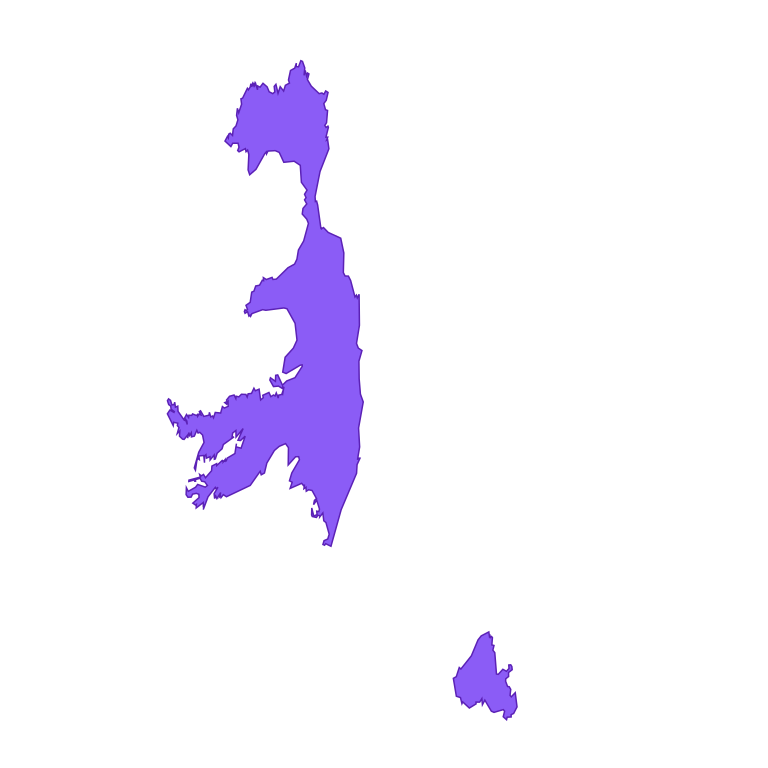 outline of Værøy nor, Norway, rotated 108°
{"feature_id": "86288312B52145854471889", "entity_name": "Værøy nor", "entity_type": "district", "adm_level": 2, "iso_a3": "NOR", "parent_name": "Norway", "parent_adm1": "", "projection": "robinson", "projection_center": [12.676, 67.694], "detail": "fine", "context": "isolated", "style": "filled", "palette": "violet", "viewbox_px": 768, "rotation_deg": 108, "n_neighbors": 0, "source": "geoboundaries", "source_scale": "gbopen_adm2", "svg_char_len": 6172}
<svg xmlns="http://www.w3.org/2000/svg" viewBox="0 0 768 768"><g transform="rotate(108 384 384)"><path d="M516.8,385.9L477.4,382.5L469.0,384.7L462.0,383.9L462.4,385.6L464.3,385.8L451.4,387.7L433.7,394.6L407.5,398.2L400.9,403.3L386.8,409.2L370.0,414.9L359.0,415.3L357.8,419.5L353.9,422.7L335.8,425.5L306.4,435.4L310.4,436.0L308.0,437.7L310.2,438.5L295.9,447.7L292.4,451.2L293.3,454.4L290.6,457.1L271.8,462.7L258.7,470.2L257.1,483.9L253.9,489.9L255.7,491.4L254.3,492.0L255.9,491.9L234.3,502.4L230.9,504.6L231.7,505.6L227.0,507.5L201.7,510.5L177.3,509.1L169.1,513.1L169.9,513.9L166.6,513.8L167.2,515.5L157.1,516.2L156.1,517.0L157.9,518.4L156.4,520.2L153.2,519.4L141.3,522.2L141.2,524.4L135.9,527.9L132.0,526.6L124.0,527.3L123.3,530.0L127.0,530.7L126.4,533.0L127.9,535.4L123.2,545.2L118.2,550.9L112.3,551.2L111.9,552.8L115.1,552.8L110.1,555.8L115.2,555.4L107.9,557.0L102.4,561.2L102.2,563.0L108.7,563.3L109.3,565.6L105.9,566.5L111.2,566.5L114.7,569.8L124.4,568.8L127.0,566.9L130.4,570.1L136.4,570.0L133.3,574.6L140.3,574.6L132.4,579.4L134.9,580.4L140.0,578.1L142.2,579.5L141.6,583.5L137.5,587.0L135.4,592.0L140.0,593.6L139.6,596.2L143.3,595.2L137.7,599.1L140.1,599.3L138.2,600.5L140.5,600.6L138.9,601.8L142.4,601.8L139.5,603.4L142.9,603.0L146.1,603.9L145.0,605.3L155.8,606.8L157.0,608.2L161.9,605.9L170.9,606.0L167.1,608.6L174.1,607.2L177.9,604.6L184.3,604.5L187.9,606.2L194.4,604.9L193.0,607.8L194.4,608.9L198.1,608.1L196.9,609.4L202.1,610.3L205.5,603.0L201.8,602.3L200.1,597.2L203.6,595.1L207.2,595.3L208.0,593.6L203.0,588.6L205.7,587.0L203.7,586.0L207.4,583.5L222.4,579.4L226.5,576.4L219.4,572.1L201.9,568.6L199.7,567.7L201.4,566.8L198.3,566.3L195.7,559.6L196.1,555.2L204.1,547.8L199.9,538.3L201.9,531.2L217.7,524.9L223.4,517.1L228.1,518.2L230.9,515.7L233.4,516.5L236.6,513.1L242.0,515.3L247.6,514.3L251.1,508.4L254.6,505.5L272.8,504.6L283.0,506.8L292.2,505.4L297.6,506.1L303.0,511.2L317.5,518.8L318.9,521.9L317.2,523.4L321.0,528.2L320.1,531.6L322.9,530.5L322.9,531.8L328.5,532.9L330.4,536.3L335.9,536.4L337.5,538.2L347.7,536.5L351.8,539.6L355.2,536.9L356.8,537.8L356.3,539.1L358.2,539.2L359.7,538.0L357.4,536.1L361.2,533.4L360.0,532.6L360.8,531.8L357.9,531.4L350.8,522.4L350.4,519.2L342.6,502.7L342.4,499.5L353.8,487.3L369.2,480.3L377.9,481.3L389.1,486.3L404.0,484.0L404.3,480.3L392.0,469.5L391.1,467.8L392.4,467.2L405.5,470.6L411.2,477.5L416.5,480.2L408.2,487.9L409.2,489.7L415.0,488.1L413.2,493.9L415.5,493.8L420.6,488.3L418.6,483.7L419.7,479.3L418.0,479.5L418.2,478.2L424.1,477.4L423.3,478.0L425.5,478.0L427.2,480.8L430.1,480.2L425.8,483.7L429.0,483.9L428.6,485.7L431.0,487.7L427.6,490.8L432.2,495.8L434.3,494.6L437.3,496.4L427.5,501.2L430.2,504.3L428.2,506.4L433.9,507.1L435.3,510.2L438.7,510.1L436.6,512.1L437.8,516.4L441.1,518.1L441.3,520.8L443.7,520.4L440.8,523.2L443.4,527.1L447.9,528.8L449.1,527.7L450.9,529.7L451.8,527.4L449.0,526.8L453.4,525.3L456.2,528.4L455.4,530.7L462.1,530.4L463.2,535.7L468.8,535.7L467.4,537.1L468.8,538.6L464.9,541.3L467.7,540.8L470.5,545.3L466.2,550.2L467.3,551.1L470.0,548.6L469.8,550.5L472.2,551.2L470.6,551.9L471.9,552.7L471.6,556.8L473.3,557.2L474.0,559.9L476.2,559.5L474.0,562.4L478.0,563.1L480.1,560.1L483.3,558.6L480.1,561.0L480.2,562.7L473.7,571.4L468.8,573.3L470.5,575.2L466.0,577.4L468.6,577.4L469.4,579.2L465.5,582.0L464.7,584.3L466.8,584.8L470.1,582.4L470.9,580.0L473.8,578.7L475.0,574.9L475.9,575.0L475.0,579.6L479.3,580.8L488.7,571.6L485.4,572.2L485.0,568.0L487.4,567.7L488.7,565.6L495.0,565.3L491.8,563.7L496.8,562.4L498.7,558.6L498.5,557.0L492.8,554.8L496.2,554.0L490.5,554.6L493.0,552.9L490.0,552.2L493.8,550.8L492.2,548.3L485.9,547.7L488.1,545.7L486.9,544.2L488.6,540.8L495.2,537.1L506.1,539.1L522.4,538.5L524.2,536.7L514.3,538.4L512.4,537.7L512.9,536.3L509.6,537.8L507.7,533.3L514.3,530.4L508.2,532.4L506.3,531.5L509.4,530.0L506.9,527.0L510.0,525.9L504.0,523.6L508.0,522.1L507.4,521.3L501.4,521.3L495.7,518.0L491.2,518.1L480.6,510.3L481.8,512.0L477.4,512.8L474.0,510.5L480.2,508.3L469.9,504.2L482.6,505.5L482.1,503.0L476.5,499.9L489.2,500.1L489.5,505.4L486.3,505.9L496.2,504.3L502.9,510.2L506.5,510.3L504.2,510.7L507.3,511.3L505.1,511.8L507.7,512.8L506.8,513.0L507.5,514.2L506.1,513.9L513.3,517.9L511.5,518.6L515.2,522.3L519.8,521.2L528.3,524.8L525.8,527.7L527.8,529.4L527.1,531.3L529.3,529.9L535.7,539.8L537.0,539.5L533.3,533.9L534.9,533.9L534.7,533.2L533.2,533.8L530.5,529.8L532.8,527.4L532.4,524.3L535.1,520.6L537.3,522.1L537.1,530.2L540.4,531.3L546.6,537.0L543.7,539.9L550.4,538.0L552.3,535.5L551.2,532.5L547.9,532.0L546.0,528.7L546.1,526.0L549.2,524.8L556.4,529.0L557.4,525.8L556.5,525.2L559.9,524.3L552.6,519.3L557.2,517.7L554.0,517.2L559.3,517.1L545.6,516.5L534.5,512.5L535.6,511.4L533.5,510.0L540.8,511.7L545.3,509.7L542.5,509.5L544.6,507.5L537.7,505.8L541.8,505.4L540.9,505.0L542.5,503.9L538.9,502.6L539.9,499.0L521.8,479.9L505.3,474.8L508.3,472.7L505.6,470.2L495.4,471.0L481.1,467.7L475.7,464.4L471.1,459.2L474.1,455.2L490.6,450.1L480.5,445.6L479.5,442.7L482.2,441.0L497.1,444.2L505.3,444.0L505.8,441.0L512.3,441.0L503.9,431.6L505.8,428.7L504.2,428.5L508.3,427.8L506.3,426.3L510.0,424.8L507.9,423.0L507.5,419.5L513.8,412.8L516.2,414.2L520.5,413.7L515.3,412.1L522.9,406.7L525.5,406.6L525.7,408.7L528.9,407.3L531.3,410.0L524.2,414.4L530.9,412.4L532.2,411.3L531.8,407.0L529.4,406.4L529.0,404.2L530.2,404.0L525.6,402.3L532.7,399.0L533.7,396.4L543.8,389.7L548.8,389.6L551.5,392.6L555.5,392.5L555.7,390.7L553.9,390.1L554.7,384.3L516.8,385.9ZM650.0,157.7L637.0,163.8L642.2,166.3L641.2,167.9L635.3,169.1L633.2,171.4L633.5,173.0L629.1,176.5L626.7,177.1L623.7,175.1L619.9,176.4L616.1,173.8L613.2,175.1L611.9,176.7L612.7,178.5L615.9,177.2L619.4,178.8L618.6,182.8L624.8,185.6L625.1,187.4L605.3,195.6L603.5,198.2L598.7,198.6L598.8,200.8L591.7,202.5L590.9,203.7L592.2,204.5L590.6,205.4L591.5,205.7L587.4,207.7L593.5,213.7L598.3,215.5L615.5,216.9L631.3,222.8L630.4,224.8L640.0,224.8L642.5,227.1L658.6,218.7L658.6,214.4L663.9,211.1L662.0,210.9L665.8,202.7L659.8,197.6L658.1,198.2L657.0,194.7L653.0,193.7L658.6,191.3L653.5,190.4L662.0,180.8L662.3,177.9L656.8,169.9L657.9,168.2L663.6,167.8L665.4,163.7L662.8,163.9L661.4,160.2L659.1,160.9L657.3,158.9L650.0,157.7Z" fill="#8b5cf6" stroke="#5b21b6" stroke-width="1.5"/></g></svg>